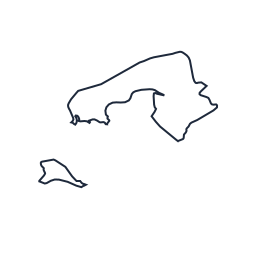 SVG path tracing the border of Kiên Giang, rotated 303°
{"feature_id": "VNM-502", "entity_name": "Kiên Giang", "entity_type": "Province", "adm_level": 1, "iso_a3": "VNM", "parent_name": "Vietnam", "parent_adm1": "", "projection": "orthographic", "projection_center": [104.707, 9.97], "detail": "fine", "context": "isolated", "style": "outline", "palette": "slate", "viewbox_px": 256, "rotation_deg": 303, "n_neighbors": 0, "source": "natural_earth", "source_scale": "10m", "svg_char_len": 2229}
<svg xmlns="http://www.w3.org/2000/svg" viewBox="0 0 256 256"><g transform="rotate(303 128 128)"><path d="M121.1,64.6L129.4,65.6L132.0,66.0L150.1,81.6L189.3,102.1L192.8,104.9L198.4,108.6L201.4,111.2L209.4,119.6L214.5,125.0L216.8,126.8L220.1,129.9L220.8,131.1L221.1,132.5L221.1,134.9L220.9,137.8L220.1,140.5L218.4,143.1L205.7,155.2L203.4,158.1L202.7,160.1L203.2,161.3L204.4,162.3L206.2,164.7L206.1,171.0L198.6,169.2L196.6,168.9L195.4,169.5L195.1,171.0L196.7,176.9L197.0,179.0L196.0,181.0L193.9,184.0L193.5,185.3L194.0,186.8L195.5,188.7L195.8,189.2L195.7,189.8L195.3,190.5L193.7,191.4L189.3,190.1L172.4,181.7L167.1,178.3L165.3,177.7L162.2,178.0L160.4,177.6L159.2,177.5L158.3,177.9L157.7,178.5L156.8,178.8L155.5,178.9L153.0,178.5L150.0,180.1L149.1,180.2L148.5,180.0L144.3,177.0L144.2,177.0L144.4,174.5L146.7,154.1L148.4,147.9L150.7,141.4L155.9,141.5L159.3,141.1L160.0,139.1L161.8,137.2L168.7,132.1L171.1,130.9L172.2,131.8L172.5,133.6L175.1,140.7L175.1,139.1L174.4,134.9L174.4,129.9L173.7,127.5L172.3,125.0L167.3,118.4L162.9,114.2L160.8,113.0L158.6,112.7L154.2,113.8L151.6,113.7L148.0,111.5L145.4,108.0L143.2,104.3L140.9,101.3L137.3,99.1L133.6,98.6L130.2,99.6L127.3,102.1L126.9,103.2L126.9,104.2L126.6,104.9L125.4,105.2L124.7,105.7L124.3,107.9L123.9,108.4L120.0,108.1L119.7,108.4L119.1,107.3L119.3,106.6L119.8,105.8L119.7,104.5L119.2,103.7L117.8,102.0L117.4,101.0L117.4,97.9L117.0,95.3L116.0,93.7L112.9,91.3L112.4,92.0L112.3,92.4L112.2,92.9L111.3,92.9L111.2,89.8L110.1,87.6L107.6,84.4L107.1,82.9L107.4,82.6L108.2,82.7L109.1,82.0L110.0,80.8L110.5,79.7L110.6,78.6L110.0,77.4L109.1,77.4L108.3,79.2L107.1,80.5L105.6,81.5L103.8,82.0L102.1,81.9L102.0,80.6L102.3,78.8L101.8,77.4L103.8,77.8L105.4,77.6L106.6,76.5L111.2,69.7L112.1,67.9L113.2,66.3L114.6,65.2L116.4,64.8L121.1,64.6ZM61.0,82.8L61.3,84.7L61.3,96.6L57.0,107.5L55.5,113.7L57.5,116.7L56.7,119.1L56.7,120.5L57.1,121.7L57.5,123.6L55.7,122.6L55.2,122.1L53.0,121.1L51.5,116.1L50.0,106.7L47.1,98.2L44.9,94.6L41.7,92.0L37.5,89.8L36.1,88.4L35.2,83.9L34.9,82.7L35.4,82.4L42.4,83.4L44.6,83.3L45.5,82.4L45.7,81.8L46.9,80.1L47.4,79.7L48.4,79.3L48.7,78.2L48.9,76.9L49.3,75.8L50.1,74.8L51.2,73.9L52.4,73.8L53.8,75.1L53.0,74.3L61.0,82.8Z" fill="none" stroke="#1e293b" stroke-width="2"/></g></svg>